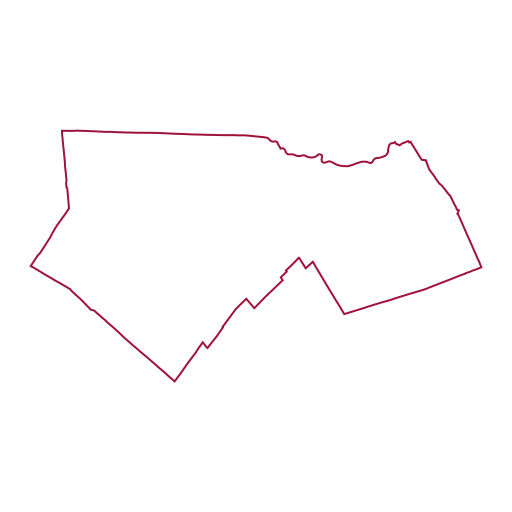 the district of Thoai Son, An Giang, Vietnam
{"feature_id": "81297802B55991258422340", "entity_name": "Thoai Son", "entity_type": "district", "adm_level": 2, "iso_a3": "VNM", "parent_name": "Vietnam", "parent_adm1": "An Giang", "projection": "mercator", "projection_center": [105.279, 10.278], "detail": "fine", "context": "isolated", "style": "outline", "palette": "rose", "viewbox_px": 512, "rotation_deg": 0, "n_neighbors": 0, "source": "geoboundaries", "source_scale": "gbopen_adm2", "svg_char_len": 5988}
<svg xmlns="http://www.w3.org/2000/svg" viewBox="0 0 512 512"><path d="M62.0,130.8L62.0,133.4L62.5,138.1L62.9,142.8L63.4,147.4L63.9,152.0L64.9,162.4L65.0,166.2L65.7,171.7L66.2,177.7L66.5,179.7L66.5,180.1L66.3,181.3L66.1,183.7L66.4,185.7L66.5,186.4L66.5,187.5L67.1,188.0L67.2,188.3L67.3,188.7L67.8,194.8L68.5,202.0L68.7,204.4L68.8,206.3L68.9,207.2L68.9,208.5L66.8,211.7L65.8,213.2L63.9,215.9L62.5,217.7L61.2,219.6L59.9,221.4L57.7,224.4L55.9,227.1L54.6,229.2L53.4,231.4L52.0,233.8L50.1,237.6L49.8,238.0L49.5,238.5L48.1,240.6L44.0,247.1L42.0,250.1L40.5,252.4L39.7,253.5L37.7,255.5L36.3,257.6L30.7,266.1L33.4,267.5L45.3,274.7L47.7,276.1L49.6,277.2L51.4,278.2L55.3,280.6L59.3,282.8L60.5,283.5L67.0,287.3L69.7,288.9L70.0,289.1L70.4,289.4L70.6,289.7L71.0,290.4L71.5,290.9L73.4,292.6L75.6,294.7L77.8,296.6L80.0,298.6L82.1,300.7L83.9,302.5L85.8,304.5L87.7,306.4L90.3,309.2L90.7,309.6L91.5,309.9L92.9,310.2L93.9,310.5L94.4,310.7L96.3,312.5L97.5,313.6L100.2,315.9L101.9,317.5L105.6,320.5L106.7,321.8L111.5,325.9L116.1,330.0L120.7,334.2L123.6,337.1L124.9,338.3L129.2,342.0L133.4,345.7L137.0,348.7L138.3,349.9L142.7,353.7L147.2,357.4L160.5,369.0L165.0,372.8L169.3,376.8L172.8,379.8L173.8,380.7L174.6,381.4L176.4,379.1L177.5,377.5L178.4,376.4L181.2,372.6L183.9,368.7L186.7,364.7L187.8,363.1L192.6,356.7L195.7,352.6L198.4,348.4L201.3,344.3L202.8,342.3L203.3,342.9L204.2,344.1L204.9,345.1L205.7,346.2L207.5,348.0L208.4,347.0L209.2,345.8L209.9,344.9L216.8,336.2L223.0,327.3L222.6,326.9L232.3,313.8L236.1,308.7L246.3,298.8L254.3,308.2L264.0,298.2L265.2,297.0L279.0,283.8L281.4,281.4L282.7,280.4L280.8,277.4L286.7,271.6L285.9,270.5L291.9,264.9L292.1,264.7L295.4,261.3L298.6,257.9L298.9,257.7L299.1,257.8L303.8,265.2L305.7,268.3L312.8,261.8L313.9,263.5L315.3,266.1L317.1,269.0L317.7,270.1L322.1,277.4L326.0,284.0L329.3,289.5L332.3,294.3L336.5,301.4L337.5,302.9L337.8,303.3L339.6,306.3L342.7,311.5L344.3,314.1L350.0,312.3L363.0,308.3L364.1,307.9L375.2,304.4L382.4,302.2L383.0,302.1L390.0,300.1L393.9,298.8L397.5,297.6L406.5,294.8L421.4,290.4L424.9,289.3L430.6,287.0L451.0,279.1L461.2,275.0L464.0,274.1L465.1,273.8L465.9,273.0L466.4,272.9L467.2,272.6L468.7,272.2L470.6,271.5L472.8,270.5L473.5,270.3L475.5,269.6L480.1,267.8L481.3,267.3L480.2,264.4L478.7,260.5L478.2,260.0L477.6,258.6L475.4,253.4L475.2,253.2L475.0,252.6L472.6,247.1L469.8,240.7L466.3,232.9L462.1,223.3L458.4,214.9L458.0,214.5L457.5,213.9L457.4,213.8L457.6,213.6L457.9,213.0L458.3,212.0L458.8,210.3L458.0,210.1L457.1,209.8L456.9,209.4L456.5,208.5L456.1,207.6L455.6,206.5L454.2,203.9L453.3,202.0L452.9,201.1L452.6,200.6L452.2,199.8L451.2,197.9L450.8,197.0L450.5,196.6L450.5,196.1L450.4,195.8L449.3,195.0L447.8,193.2L446.4,191.3L444.5,188.9L441.9,185.6L439.4,183.6L435.9,178.9L434.8,176.9L432.9,174.4L430.8,171.6L429.3,169.5L427.6,165.2L426.2,161.2L426.1,161.3L425.7,160.2L425.3,160.0L425.1,160.0L424.6,160.2L424.1,160.2L423.8,160.1L423.5,159.9L423.3,159.9L423.0,159.9L422.7,159.9L422.5,160.0L422.2,159.9L421.9,159.8L421.6,159.5L421.3,159.1L419.9,157.0L414.0,147.4L411.4,143.3L410.8,142.3L410.7,141.8L409.9,142.1L409.2,142.5L409.1,142.4L408.2,141.1L407.6,141.3L404.2,142.7L402.1,143.5L401.1,144.2L399.8,145.3L399.3,145.0L398.7,144.8L398.1,144.6L397.0,144.3L396.4,144.0L396.2,143.9L395.8,143.3L395.5,142.9L395.2,142.6L394.9,142.1L394.5,142.4L394.1,142.7L393.4,143.0L392.9,143.1L392.0,143.2L391.3,143.3L390.9,143.5L390.4,143.8L390.2,144.0L389.6,144.7L389.1,145.4L388.8,146.4L388.5,147.5L388.2,149.5L388.0,151.7L387.9,152.3L387.8,152.8L387.4,153.4L387.0,153.9L386.6,154.5L386.1,155.1L385.5,155.6L384.2,156.2L382.5,156.9L380.2,157.6L376.0,158.2L375.3,158.5L374.8,158.8L374.0,159.4L373.3,160.4L372.6,161.7L372.1,162.3L371.6,162.7L371.0,163.0L370.3,163.0L369.4,162.8L368.2,162.3L366.9,161.9L365.7,161.7L364.3,161.7L362.7,161.7L361.4,161.9L360.3,162.1L359.3,162.5L356.6,163.3L355.0,163.9L353.6,164.5L352.5,164.9L350.8,165.4L349.7,165.7L348.6,166.0L348.0,166.2L347.2,166.2L344.2,166.1L343.6,166.1L342.8,166.1L341.7,165.9L340.5,165.7L339.4,165.5L337.2,164.8L336.1,164.4L335.2,164.0L334.5,163.5L332.4,162.4L331.6,162.0L330.5,161.6L329.7,161.4L329.0,161.4L327.9,161.6L327.0,161.9L326.0,162.3L325.3,162.5L324.7,162.7L324.2,162.7L323.7,162.7L323.0,162.4L322.3,161.9L321.9,161.5L321.8,160.8L321.6,159.7L321.6,159.0L321.8,158.1L322.1,156.8L322.2,156.2L322.1,155.9L321.9,155.4L321.5,155.0L320.8,154.6L320.0,154.4L319.6,154.3L318.4,154.4L317.7,155.0L317.3,155.4L317.0,155.7L316.7,156.0L316.3,156.3L314.6,156.9L313.6,157.3L312.2,157.5L311.2,157.5L309.8,157.4L309.1,157.2L308.3,157.0L307.9,156.9L307.3,156.7L306.2,156.3L305.7,156.0L304.7,155.4L304.2,155.3L303.5,155.3L302.8,155.4L301.8,155.6L300.7,155.9L299.6,156.1L298.5,156.1L297.7,156.0L296.7,155.8L295.1,155.2L294.4,154.9L293.7,154.6L293.0,154.4L292.3,154.4L291.3,154.3L289.8,154.3L288.9,154.4L288.4,154.3L287.7,154.2L286.6,153.3L286.1,152.8L285.8,152.3L285.5,151.8L285.4,151.0L285.2,150.5L284.9,150.0L284.6,149.5L284.2,149.0L283.7,148.7L282.9,148.3L282.4,148.3L281.9,148.4L281.6,148.6L281.1,148.6L280.5,148.6L280.3,148.3L280.2,147.7L279.9,147.3L279.8,146.9L279.4,146.5L279.1,145.9L278.7,145.2L278.5,144.9L278.0,144.2L277.6,143.5L277.4,142.8L277.4,142.3L276.9,141.9L276.2,141.6L275.9,141.4L275.5,141.3L275.2,141.3L274.7,141.4L273.2,141.6L272.8,141.6L272.4,141.6L271.9,141.5L271.4,141.3L270.2,140.4L269.5,139.8L268.9,139.2L268.5,138.6L268.1,138.2L267.7,138.0L267.3,137.8L266.5,137.7L265.1,137.4L264.0,137.2L257.8,136.6L249.0,135.7L245.7,135.4L242.7,135.3L237.3,135.3L232.5,135.1L229.9,135.2L221.1,135.1L215.2,135.0L212.3,134.9L209.4,134.9L206.6,134.8L203.7,134.7L200.8,134.6L190.5,134.4L189.7,134.3L185.5,134.1L179.5,133.9L173.6,133.7L161.6,133.1L155.7,132.9L149.8,132.8L146.8,132.8L134.9,132.7L132.0,132.6L126.1,132.5L123.2,132.4L117.3,132.2L114.3,132.1L111.4,131.9L108.9,131.8L106.5,131.9L104.4,131.8L102.6,131.8L100.9,131.5L98.1,131.5L92.4,131.2L88.3,131.1L84.1,130.8L83.2,130.9L80.3,130.8L78.9,130.8L78.0,130.6L72.7,130.9L69.4,130.9L65.2,130.8L62.0,130.8Z" fill="none" stroke="#9f1239" stroke-width="2"/></svg>